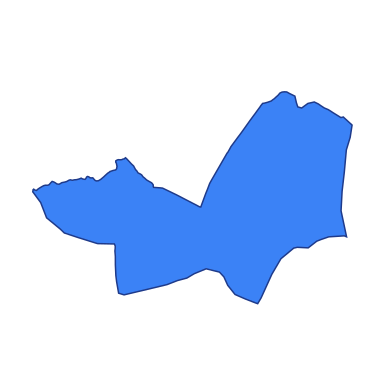 Habila - WD, Western Darfur, Sudan (Mercator projection), rotated 96°
{"feature_id": "16777658B76489940696560", "entity_name": "Habila - WD", "entity_type": "district", "adm_level": 2, "iso_a3": "SDN", "parent_name": "Sudan", "parent_adm1": "Western Darfur", "projection": "mercator", "projection_center": [22.41, 12.608], "detail": "fine", "context": "isolated", "style": "filled", "palette": "blue", "viewbox_px": 384, "rotation_deg": 96, "n_neighbors": 0, "source": "geoboundaries", "source_scale": "gbopen_adm2", "svg_char_len": 2750}
<svg xmlns="http://www.w3.org/2000/svg" viewBox="0 0 384 384"><g transform="rotate(96 192 192)"><path d="M102.1,48.7L101.6,49.3L102.4,51.7L98.4,60.0L97.0,62.7L95.8,65.2L94.6,69.2L92.9,72.5L91.2,75.6L89.7,79.8L91.8,86.0L97.0,91.7L96.3,95.7L92.3,97.5L85.9,99.7L83.7,105.7L82.6,108.2L82.7,110.5L83.2,112.9L84.4,114.9L86.9,116.6L88.6,118.2L90.7,120.0L91.8,121.3L93.2,122.7L94.9,126.3L96.1,129.4L96.5,131.0L96.8,131.2L98.5,132.3L99.5,132.9L100.0,133.1L102.4,134.5L104.6,135.8L107.6,137.5L109.9,138.9L112.3,140.3L115.2,142.0L125.3,147.7L126.9,148.6L127.9,149.2L128.3,149.4L133.1,152.3L142.8,158.0L145.5,159.1L148.0,160.2L148.7,160.5L149.1,160.7L149.5,161.1L167.5,169.1L178.3,173.9L181.6,175.3L187.7,176.9L191.8,178.1L206.0,181.7L205.9,183.1L205.4,184.3L204.3,187.0L203.0,190.4L200.3,197.3L199.0,200.6L197.8,203.6L197.3,204.9L196.3,207.5L195.2,210.6L194.0,213.9L191.2,221.7L191.2,224.3L191.4,230.7L190.6,231.1L189.0,231.3L187.6,232.5L187.0,233.3L186.3,234.9L185.9,235.9L184.7,238.5L183.3,240.3L182.0,242.3L180.2,243.9L179.4,245.5L179.3,245.9L178.6,247.7L177.2,248.8L176.3,249.5L175.9,250.3L173.7,251.8L172.2,252.8L170.4,255.2L168.8,257.0L165.5,260.8L164.9,261.8L166.1,262.8L166.5,264.2L166.8,264.6L167.1,265.0L167.5,266.8L167.5,268.4L167.9,269.6L168.9,271.0L170.2,271.0L171.4,270.2L174.5,269.2L174.7,269.3L176.7,269.4L178.0,270.2L178.6,272.0L179.0,273.1L179.1,273.4L179.3,273.7L180.2,275.7L180.4,275.7L182.1,277.8L184.9,280.3L186.1,281.3L189.0,284.1L190.6,286.3L191.0,288.3L190.6,289.5L190.1,290.2L189.9,290.4L188.3,292.1L188.3,292.6L188.4,293.0L188.5,293.5L188.5,294.9L188.1,295.5L187.7,296.3L187.6,296.5L187.5,297.7L188.3,298.5L189.6,298.9L190.6,299.7L190.6,300.9L190.4,302.3L189.8,303.7L190.6,305.1L191.2,306.5L191.8,308.2L192.2,310.4L192.8,312.0L192.8,312.8L192.6,314.2L193.0,315.4L194.7,317.8L195.5,319.8L196.3,322.4L198.2,325.0L198.1,327.2L197.1,329.0L196.5,330.4L196.1,332.2L197.3,333.2L199.8,335.0L200.4,336.4L200.6,338.6L201.2,340.2L202.6,342.2L204.1,344.2L204.8,345.0L205.5,345.8L206.7,346.8L206.5,348.5L205.7,349.7L206.3,350.3L206.5,350.3L207.5,350.3L208.4,350.4L208.6,350.3L209.3,349.6L218.3,341.4L232.9,333.9L242.6,319.2L246.1,314.7L249.2,300.5L253.2,280.6L251.8,263.8L253.7,262.7L256.1,262.5L258.7,262.5L264.1,261.5L272.4,260.6L283.0,259.0L289.1,257.6L300.3,254.4L301.4,248.8L286.7,207.1L281.6,197.2L278.2,188.3L278.2,188.2L273.0,181.2L266.9,169.9L268.7,157.0L268.8,156.3L273.1,151.4L281.1,146.7L288.4,139.5L289.4,138.5L290.4,135.4L292.9,127.5L295.7,117.1L296.2,115.0L290.1,112.2L265.5,104.0L249.1,96.6L237.2,85.0L236.0,81.5L235.4,70.6L227.9,62.8L225.9,59.0L222.3,51.3L219.7,36.0L220.4,33.6L220.1,33.7L195.1,41.8L175.7,42.8L156.4,42.6L134.0,42.9L121.1,40.4L108.7,39.8L102.1,48.7Z" fill="#3b82f6" stroke="#1e3a8a" stroke-width="1.5"/></g></svg>